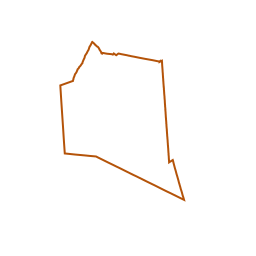 outline of Laren, Noord-Holland, Netherlands, rotated 325°
{"feature_id": "6326949B16072016096330", "entity_name": "Laren", "entity_type": "district", "adm_level": 2, "iso_a3": "NLD", "parent_name": "Netherlands", "parent_adm1": "Noord-Holland", "projection": "robinson", "projection_center": [5.227, 52.243], "detail": "fine", "context": "isolated", "style": "outline", "palette": "amber", "viewbox_px": 256, "rotation_deg": 325, "n_neighbors": 0, "source": "geoboundaries", "source_scale": "gbopen_adm2", "svg_char_len": 5348}
<svg xmlns="http://www.w3.org/2000/svg" viewBox="0 0 256 256"><g transform="rotate(325 128 128)"><path d="M146.3,179.9L144.0,179.8L143.7,179.8L142.5,179.7L142.0,179.7L142.2,179.4L142.3,179.2L142.6,178.7L143.1,177.9L143.3,177.6L143.4,177.3L143.6,177.0L143.9,176.6L144.0,176.3L144.4,175.7L144.8,175.1L145.1,174.6L145.2,174.4L145.4,174.1L145.7,173.5L145.8,173.3L145.9,173.1L146.1,172.9L146.3,172.6L146.5,172.3L146.7,172.0L146.9,171.5L147.3,170.9L147.7,170.2L147.8,170.1L147.9,169.9L148.1,169.6L148.2,169.4L148.3,169.2L148.6,168.8L148.8,168.4L149.1,168.0L149.3,167.6L150.0,166.4L150.2,166.1L150.5,165.6L150.7,165.3L150.8,165.0L151.1,164.5L151.7,163.6L151.9,163.2L152.2,162.7L152.5,162.2L152.8,161.7L153.1,161.3L153.3,160.9L153.9,159.9L154.1,159.5L154.2,159.3L154.5,158.9L155.5,157.1L155.8,156.6L156.2,155.9L156.4,155.7L156.6,155.4L156.8,154.9L157.0,154.6L157.2,154.2L157.3,154.1L157.6,153.7L157.8,153.3L158.0,152.9L158.2,152.7L158.3,152.4L158.5,152.2L158.6,151.9L159.0,151.4L159.3,150.8L159.6,150.3L159.8,149.9L160.3,149.1L160.4,148.9L161.0,147.9L161.2,147.6L161.3,147.5L161.8,146.6L161.9,146.3L162.0,146.2L162.3,145.8L162.5,145.4L162.7,145.2L163.0,144.6L163.4,144.0L163.6,143.6L163.7,143.4L163.8,143.2L164.2,142.6L164.4,142.3L164.6,142.0L164.7,141.8L164.8,141.5L164.9,141.4L165.1,141.0L165.3,140.8L165.4,140.5L165.8,139.9L166.1,139.4L166.4,138.9L166.5,138.7L166.8,138.3L167.0,137.9L167.1,137.7L167.4,137.3L167.6,137.0L167.8,136.6L168.1,136.1L168.6,135.3L168.7,135.1L168.8,134.9L169.0,134.5L169.2,134.2L169.3,134.2L169.5,133.8L169.6,133.7L170.4,132.3L170.5,132.1L170.6,131.9L170.7,131.7L170.9,131.4L171.1,131.2L171.6,130.2L171.8,130.0L172.0,129.6L172.2,129.2L172.4,129.0L172.8,128.3L172.9,128.1L173.1,127.8L173.5,127.2L174.0,126.4L174.3,125.8L174.7,125.2L174.9,124.8L175.1,124.4L175.3,124.2L175.5,123.8L175.8,123.4L176.4,122.3L177.1,121.1L177.3,120.8L177.6,120.2L178.1,119.5L178.2,119.2L178.5,118.8L178.7,118.5L179.0,118.0L179.3,117.4L179.7,116.7L179.9,116.5L180.7,115.1L180.8,115.0L180.8,114.8L180.9,114.7L181.0,114.5L181.1,114.4L181.2,114.2L181.5,113.7L181.7,113.4L181.8,113.2L182.1,112.7L182.4,112.2L182.5,112.0L182.7,111.7L182.8,111.5L182.9,111.3L183.4,110.6L183.5,110.3L183.8,109.9L184.0,109.4L184.2,109.2L184.3,109.1L184.5,108.8L184.6,108.5L184.8,108.2L185.0,107.9L185.1,107.7L185.3,107.4L185.4,107.2L185.6,106.8L185.7,106.6L186.0,106.3L186.1,106.0L186.6,105.2L186.9,104.7L187.1,104.4L187.3,104.0L187.7,103.4L187.8,103.3L188.0,102.9L188.5,102.0L189.5,100.4L189.7,100.1L189.8,99.9L190.2,99.2L190.4,98.9L190.6,98.6L190.8,98.2L191.3,97.4L191.5,97.0L192.5,95.4L192.7,95.1L193.1,94.4L193.3,94.1L193.4,93.9L193.6,93.7L193.8,93.3L193.9,93.1L194.0,92.9L194.1,92.7L194.3,92.5L194.4,92.3L193.6,92.2L191.7,92.0L191.9,91.7L192.0,91.6L191.9,91.6L191.1,90.8L190.3,90.0L187.0,86.5L182.4,81.9L181.6,81.1L178.2,77.6L177.7,77.1L173.8,73.0L172.1,71.3L171.0,70.1L170.5,69.5L170.3,69.4L168.8,67.7L164.6,63.4L164.3,63.0L163.8,62.5L163.0,61.6L162.6,61.5L160.8,61.6L160.1,61.6L159.4,59.7L159.1,58.8L158.8,58.9L157.7,59.2L157.0,58.2L156.9,58.1L153.5,55.2L151.9,53.6L150.8,52.4L150.2,51.9L149.6,52.3L149.3,52.0L149.1,51.7L149.3,51.1L149.4,50.7L149.5,50.4L149.5,50.2L149.6,49.8L149.6,49.7L149.6,49.4L149.6,48.9L149.6,48.7L149.6,48.4L149.6,48.2L149.6,47.8L149.6,47.6L149.7,47.4L149.7,47.1L149.8,46.8L149.8,46.3L149.9,46.0L149.9,45.6L149.9,45.3L149.9,45.0L149.9,44.9L149.9,44.7L149.8,44.2L149.7,44.1L149.6,43.9L149.4,43.5L149.4,43.3L149.4,43.2L149.2,42.7L149.1,41.8L149.0,41.7L148.9,41.5L148.9,41.3L148.9,41.0L148.8,40.8L148.8,40.6L148.7,40.2L148.8,40.1L148.8,39.9L148.7,39.6L148.7,39.4L148.6,39.0L148.5,38.6L148.5,38.4L148.3,37.9L148.2,37.7L148.2,37.4L148.1,37.0L147.9,37.0L147.5,37.3L146.5,37.8L145.2,38.5L144.9,38.7L144.6,38.8L143.5,39.3L143.3,39.3L142.8,39.6L142.4,39.9L142.0,40.2L141.5,40.6L140.7,41.2L140.5,41.3L140.2,41.5L139.9,41.6L139.6,41.7L138.6,42.2L138.1,42.5L137.6,42.7L137.1,43.1L136.7,43.2L136.5,43.3L135.8,43.5L135.6,43.6L134.2,44.2L133.7,44.6L133.2,45.1L132.6,45.6L131.7,46.1L131.1,46.4L130.8,46.6L130.0,47.1L128.6,48.0L128.1,48.4L127.9,48.7L127.7,48.7L127.5,48.8L126.9,49.0L126.4,49.1L126.2,49.2L125.7,49.4L125.2,49.6L124.7,49.8L124.2,49.9L123.6,50.0L123.3,50.0L123.2,50.1L122.9,50.2L122.6,50.3L122.4,50.5L122.1,50.6L121.8,50.8L121.5,50.8L121.2,50.9L120.9,50.9L120.6,51.0L120.4,51.0L120.1,51.2L119.9,51.4L119.6,51.6L119.4,51.8L119.1,51.9L118.2,52.5L117.2,53.0L116.9,53.1L116.3,53.3L115.9,53.4L115.4,53.6L115.0,53.9L114.7,54.1L114.2,54.5L113.9,54.7L113.7,54.9L113.2,55.2L112.6,55.5L112.4,55.7L112.0,56.0L111.7,56.2L111.2,56.8L110.8,57.1L110.2,57.5L109.8,57.9L109.3,57.7L100.2,55.2L97.0,54.3L95.5,56.7L88.0,69.0L76.8,87.5L74.2,91.8L70.1,98.5L67.2,103.3L61.6,112.6L65.1,115.6L69.8,119.7L73.6,122.9L77.5,126.2L80.5,128.8L85.5,133.0L86.5,134.9L88.3,138.2L91.9,144.8L94.8,150.0L96.6,153.3L97.3,154.5L98.9,157.4L100.4,160.2L105.4,169.4L106.8,171.8L112.9,183.0L113.9,184.8L114.8,186.4L115.5,187.7L116.8,190.0L121.7,199.1L123.5,202.4L125.0,205.0L130.7,215.4L132.7,219.0L133.5,216.7L134.0,215.0L134.1,214.6L135.0,212.2L135.6,210.4L136.2,208.4L136.3,208.1L136.5,207.5L136.8,206.8L137.0,206.2L137.1,205.9L137.3,205.3L137.8,203.8L138.1,203.1L138.1,202.9L138.3,202.3L138.7,201.2L139.1,200.2L140.5,196.2L141.0,194.7L141.2,194.0L141.9,192.1L142.7,189.9L143.3,188.0L144.9,183.7L145.6,181.8L145.9,181.2L146.3,179.9Z" fill="none" stroke="#b45309" stroke-width="2"/></g></svg>